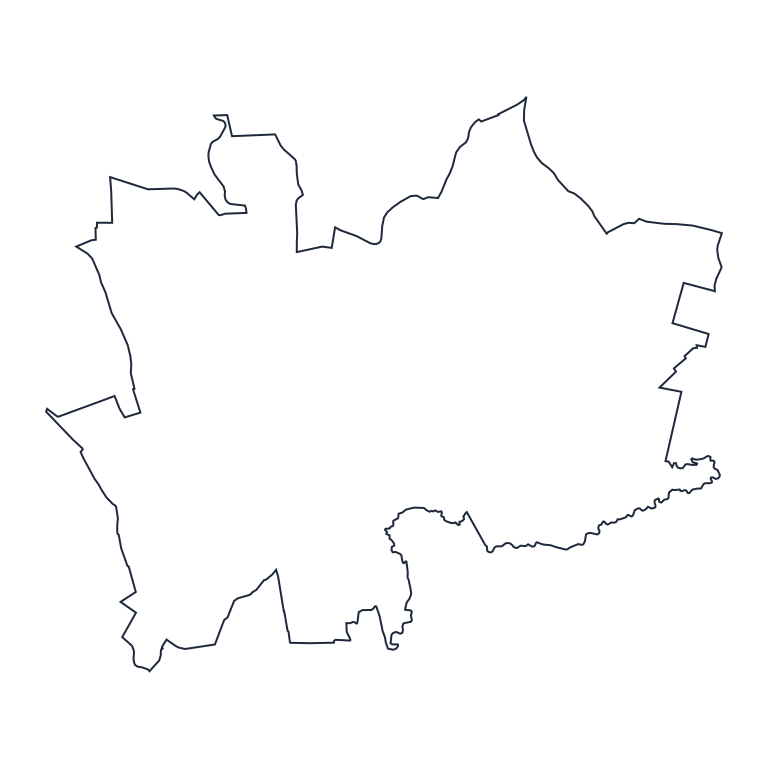 Abramut, Bihor, Romania (Albers equal-area conic projection)
{"feature_id": "2599482B23166371444315", "entity_name": "Abramut", "entity_type": "district", "adm_level": 2, "iso_a3": "ROU", "parent_name": "Romania", "parent_adm1": "Bihor", "projection": "albers", "projection_center": [22.27, 47.34], "detail": "fine", "context": "isolated", "style": "outline", "palette": "slate", "viewbox_px": 768, "rotation_deg": 0, "n_neighbors": 0, "source": "geoboundaries", "source_scale": "gbopen_adm2", "svg_char_len": 6093}
<svg xmlns="http://www.w3.org/2000/svg" viewBox="0 0 768 768"><path d="M687.5,492.8L689.2,493.2L692.3,489.6L697.1,488.6L701.0,488.5L703.6,484.0L705.5,483.2L710.1,483.2L711.7,482.7L712.0,481.5L710.7,478.9L710.9,477.6L712.6,477.3L715.6,478.9L718.0,478.4L719.4,476.9L719.9,475.0L717.5,470.0L714.7,468.6L713.7,467.5L713.9,464.3L714.6,462.3L713.7,460.7L710.6,460.7L710.3,459.1L710.5,457.0L708.5,456.0L707.4,456.2L703.4,458.5L700.1,459.3L696.0,459.7L692.0,458.4L691.3,459.3L692.7,462.2L697.0,463.5L696.5,464.9L691.8,464.9L687.7,464.1L685.6,464.4L682.7,468.2L680.6,468.3L678.0,467.7L676.7,466.0L675.9,463.2L674.1,463.1L672.2,467.2L668.7,461.7L665.5,461.1L681.4,391.8L659.5,387.6L676.0,371.6L673.9,368.4L685.8,358.3L684.5,356.1L693.3,348.2L697.0,347.8L696.6,345.2L705.4,346.9L708.6,334.0L672.5,323.2L683.7,282.9L714.9,291.2L714.5,285.7L716.3,278.8L721.4,267.9L721.5,266.7L718.4,258.3L717.2,249.9L717.7,245.5L721.9,233.2L711.1,230.0L692.7,225.6L676.5,224.1L664.2,223.8L646.7,221.7L639.1,218.8L634.3,223.2L628.6,222.8L623.6,224.1L608.0,232.2L606.7,233.7L594.3,216.1L592.3,211.3L588.5,206.2L580.9,198.6L574.5,193.6L568.3,191.2L558.0,180.0L553.9,173.2L549.1,168.5L541.7,163.0L536.8,157.2L533.8,151.5L530.9,144.0L523.9,120.5L524.2,109.9L526.4,96.8L524.2,99.8L517.4,104.5L498.1,114.3L498.5,115.1L481.2,121.5L478.8,119.4L475.2,122.0L470.8,127.5L468.9,132.5L468.4,136.6L467.6,139.3L465.9,142.4L459.9,147.0L456.1,152.5L452.6,166.2L449.5,174.0L446.5,179.3L441.5,191.8L438.0,198.0L428.1,197.2L423.6,199.0L421.3,198.3L418.6,196.4L416.2,195.6L410.5,196.2L400.9,201.6L392.8,207.3L387.3,212.3L384.0,217.5L382.2,226.4L381.3,238.9L380.3,241.6L378.6,243.1L376.6,243.9L373.9,244.1L370.2,243.2L356.4,236.0L340.5,230.3L335.1,227.3L331.7,247.9L322.2,246.6L296.8,252.1L296.8,241.8L297.2,233.2L295.8,204.8L296.7,200.5L298.2,198.4L302.9,194.9L301.6,190.6L298.2,184.4L296.8,173.3L296.6,166.1L295.9,161.2L295.0,159.4L284.1,149.7L280.8,145.8L275.1,134.4L232.0,136.2L227.2,115.1L213.9,115.5L215.6,118.3L216.7,119.0L223.0,120.9L224.4,122.0L225.4,124.1L225.5,126.8L220.0,136.8L218.0,138.9L212.6,141.8L210.9,143.9L208.6,152.3L208.4,156.1L209.1,161.6L210.9,166.7L214.6,174.6L223.6,186.5L225.0,191.6L224.7,195.3L225.1,198.1L226.0,200.4L228.0,202.7L230.5,204.0L245.0,205.6L246.0,208.7L246.5,212.9L225.1,213.7L220.6,215.2L218.6,214.9L199.6,192.2L196.9,194.9L194.3,199.3L186.3,192.5L183.8,191.0L178.8,189.3L174.4,188.5L148.0,189.3L110.1,177.1L111.2,191.4L112.2,222.8L97.0,222.7L96.9,227.6L95.5,228.0L95.8,239.7L91.3,240.3L76.3,246.6L87.5,253.6L92.1,258.4L99.2,274.7L101.1,282.5L105.4,292.2L111.7,313.2L120.7,329.0L127.7,345.1L130.4,356.4L131.3,364.7L130.8,373.2L134.5,388.8L133.0,389.2L140.4,412.6L124.7,417.4L119.6,408.8L114.6,396.0L58.7,416.6L57.3,416.5L47.1,408.8L46.1,411.7L73.4,440.1L82.2,448.2L82.8,449.2L80.6,452.0L83.3,458.0L94.6,478.9L98.9,484.9L100.7,488.5L106.4,497.4L112.7,503.9L115.5,505.7L116.2,507.5L117.9,518.5L117.2,525.8L117.3,532.7L117.6,533.9L118.7,534.7L121.2,548.3L127.4,565.9L128.7,566.5L135.8,592.0L120.6,601.9L136.0,612.7L122.2,637.1L131.9,645.7L133.4,649.2L134.0,652.1L133.5,659.3L134.4,663.4L135.1,665.0L137.8,666.7L142.3,667.4L148.1,669.5L149.5,671.2L159.2,660.5L160.8,655.2L160.9,650.3L161.8,648.4L163.2,649.0L162.0,647.5L162.1,646.7L166.5,639.6L176.0,646.2L178.9,647.6L185.0,649.0L214.9,644.5L223.0,623.0L224.3,619.9L227.6,617.3L234.1,600.9L237.8,598.3L250.2,594.7L252.6,592.1L256.4,589.8L263.9,580.3L266.3,579.5L272.5,574.3L276.1,569.8L278.1,576.5L283.8,611.4L284.2,611.4L287.6,630.9L288.5,631.5L289.9,641.9L290.3,642.8L310.3,643.2L333.9,642.7L334.1,640.7L335.7,639.8L350.0,640.6L350.4,640.0L349.9,638.2L346.7,632.0L346.4,623.1L350.2,623.2L352.6,622.0L354.4,622.2L356.6,623.6L357.2,623.1L357.8,619.5L358.7,612.1L362.5,610.1L371.4,610.0L373.2,608.7L375.0,606.3L375.6,606.2L376.3,606.5L379.6,616.1L382.6,630.9L385.0,637.5L385.8,642.5L387.9,648.6L393.2,649.8L396.1,648.6L397.4,647.2L398.1,645.4L397.7,644.4L392.2,644.4L390.6,643.2L391.5,634.8L393.1,633.0L396.1,631.9L400.3,633.7L402.3,632.9L403.0,630.0L402.4,626.5L403.4,623.4L411.1,621.7L411.9,619.9L410.9,615.7L411.8,611.8L410.8,610.4L405.2,609.8L405.3,608.1L406.8,602.3L409.3,599.0L411.2,594.1L410.7,589.8L408.7,580.1L407.7,577.6L407.4,575.7L407.8,574.8L407.6,570.7L406.4,561.6L405.9,561.3L403.9,563.2L403.0,562.7L402.2,560.5L401.4,555.3L400.2,554.0L395.5,551.9L392.8,552.3L392.3,551.7L391.5,549.8L391.8,546.9L394.2,545.6L394.2,543.7L391.4,539.9L389.6,538.8L389.6,535.4L386.3,533.9L387.0,532.3L386.8,531.7L385.1,530.0L385.4,528.8L389.6,528.5L390.5,526.9L393.0,525.9L393.5,524.6L393.1,522.6L393.4,520.7L398.1,518.2L398.6,513.7L402.3,512.6L405.9,509.7L407.4,509.2L414.1,507.6L422.7,507.9L424.4,508.2L426.3,510.1L429.5,511.7L431.8,510.8L433.2,511.5L435.4,510.4L437.7,511.9L441.4,511.4L441.9,512.6L441.3,515.1L441.4,516.3L443.7,517.1L444.4,520.0L446.0,521.2L451.1,523.0L454.0,523.1L455.4,522.4L457.9,524.8L458.9,525.0L459.7,524.4L459.4,521.9L462.2,521.0L463.9,519.4L464.0,518.5L463.4,516.7L465.1,513.8L466.8,512.1L485.2,545.0L486.8,546.4L487.2,550.7L488.2,551.7L489.8,552.3L491.3,552.3L492.6,551.4L494.4,547.7L496.4,546.3L501.8,546.3L505.6,543.3L508.2,543.0L510.3,543.5L512.4,545.3L513.9,547.2L516.8,548.1L520.6,545.7L525.6,546.1L528.1,544.3L531.8,546.5L534.1,546.4L535.2,545.0L536.0,542.9L536.9,542.3L542.9,544.5L550.9,545.3L555.9,547.1L566.1,549.6L567.8,549.0L570.3,547.3L578.3,544.1L581.4,544.8L583.2,544.5L584.9,541.4L586.0,534.5L587.6,533.4L590.6,532.9L597.3,534.5L599.2,533.1L599.5,530.9L598.3,528.5L598.4,527.0L599.1,525.3L601.3,524.6L603.0,521.6L604.2,521.6L606.6,524.3L608.1,524.4L611.2,522.5L614.8,522.6L616.1,522.0L617.6,519.3L619.8,519.4L624.5,517.8L626.2,517.1L627.1,515.4L628.2,514.8L630.9,516.4L631.9,516.3L632.9,515.5L634.8,510.2L638.2,508.3L639.8,508.5L642.0,510.5L643.4,510.6L646.1,509.0L648.0,506.8L651.7,508.6L655.3,507.4L655.5,505.6L654.5,502.4L654.7,500.6L655.5,499.7L658.4,498.5L659.0,498.9L658.9,500.8L659.6,502.1L661.3,502.5L664.3,499.7L667.4,499.0L668.4,498.1L669.0,492.5L672.3,489.7L674.8,490.1L679.7,489.5L680.4,490.8L682.1,491.2L684.1,490.2L685.7,490.2L686.7,491.0L687.5,492.8Z" fill="none" stroke="#1e293b" stroke-width="2"/></svg>